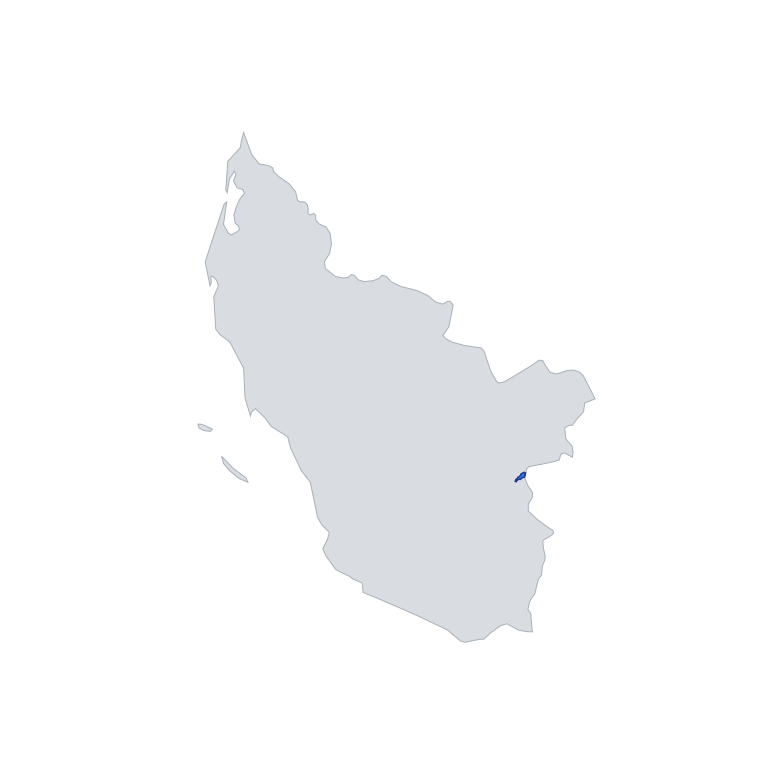 location of Mercedes de Oriente, La Paz, Honduras, rotated 246°
{"feature_id": "27666195B10683229568553", "entity_name": "Mercedes de Oriente", "entity_type": "district", "adm_level": 2, "iso_a3": "HND", "parent_name": "Honduras", "parent_adm1": "La Paz", "projection": "robinson", "projection_center": [-87.785, 13.926], "detail": "fine", "context": "in_parent", "style": "filled", "palette": "blue", "viewbox_px": 768, "rotation_deg": 246, "n_neighbors": 0, "source": "geoboundaries", "source_scale": "gbopen_adm2", "svg_char_len": 4372}
<svg xmlns="http://www.w3.org/2000/svg" viewBox="0 0 768 768"><g transform="rotate(246 384 384)"><path d="M670.8,358.0L646.9,356.4L635.7,359.7L630.8,367.0L626.6,370.3L623.1,369.5L616.0,372.4L605.2,378.9L595.5,381.4L586.9,379.8L584.4,381.4L583.7,383.6L582.4,385.6L579.1,386.8L575.2,386.2L570.9,383.9L568.6,384.9L568.4,389.1L566.0,390.3L561.6,388.3L556.6,389.8L551.1,394.9L543.3,396.0L533.3,393.0L525.5,387.5L520.0,379.4L513.4,377.3L501.9,383.4L497.1,390.5L496.1,394.8L497.2,398.7L495.1,401.3L489.8,402.6L485.7,407.4L482.9,415.7L482.4,422.1L484.1,426.6L481.4,429.9L474.4,432.1L466.1,439.2L456.6,451.4L447.1,459.9L437.7,464.7L433.1,470.1L433.5,476.0L432.9,477.8L431.1,478.5L428.0,479.3L409.8,466.5L404.5,457.6L400.0,459.0L394.3,463.5L386.2,473.5L377.6,487.2L373.4,488.7L351.8,486.7L340.4,487.9L338.1,489.7L337.0,494.7L337.7,501.4L340.8,525.5L342.6,535.4L340.9,538.5L335.0,539.0L327.5,540.4L323.4,544.9L322.4,549.6L322.0,556.1L319.6,562.9L315.0,567.7L310.3,569.5L284.6,570.8L285.0,559.6L277.6,555.1L273.4,545.8L269.7,539.5L270.9,535.7L270.5,531.3L260.0,527.8L250.2,530.5L244.6,528.8L240.4,526.4L247.6,520.9L248.1,517.5L245.8,515.1L243.4,513.5L244.1,507.2L245.6,499.9L249.6,482.7L248.1,479.7L241.5,474.5L233.2,474.0L224.1,475.6L219.7,473.0L215.8,467.1L209.3,464.2L197.7,468.9L185.4,476.1L181.7,478.6L178.6,478.3L177.2,473.0L176.6,466.7L175.8,465.1L169.3,462.9L161.7,461.3L157.8,459.5L154.1,455.3L145.0,449.7L142.9,445.6L130.7,436.2L128.3,431.5L125.5,428.1L119.6,423.8L115.0,424.8L99.6,419.4L97.2,418.9L99.4,414.2L104.3,406.9L114.9,398.8L115.8,392.2L113.1,379.5L110.3,371.4L111.8,367.7L115.1,353.0L117.7,349.6L133.1,342.1L134.5,341.1L146.6,330.7L160.1,319.1L174.0,306.4L189.6,292.1L198.2,283.8L202.2,280.2L211.2,283.1L218.2,276.4L222.3,274.2L231.9,266.1L234.8,264.3L250.8,261.0L258.5,261.1L265.3,269.3L270.6,273.7L280.7,269.9L289.2,269.1L324.1,276.7L338.0,273.3L363.5,272.6L375.0,274.5L391.1,263.7L401.5,261.5L413.7,256.5L412.1,251.3L409.1,249.0L427.7,251.3L455.5,262.2L485.0,260.2L495.6,254.3L502.5,252.6L532.8,263.9L540.8,272.5L547.0,273.3L551.8,271.4L553.1,269.6L547.2,267.7L544.5,265.0L568.3,270.3L613.4,311.1L614.3,314.4L595.1,302.3L585.0,303.2L582.3,305.2L582.9,311.8L583.9,314.9L588.2,315.2L591.4,313.4L599.4,315.6L604.6,320.0L611.1,326.7L614.9,333.9L619.0,334.1L623.0,329.7L630.7,329.1L635.6,334.0L639.2,333.8L634.2,326.2L622.6,318.6L625.4,318.3L651.0,331.9L658.4,348.9L664.4,352.8L670.8,358.0ZM369.0,211.6L354.2,219.8L349.6,219.7L356.4,213.3L367.3,207.8L376.6,205.1L384.1,206.3L369.0,211.6ZM419.6,202.8L412.6,208.9L411.3,206.2L414.7,200.5L418.9,197.2L423.0,197.6L422.0,200.0L419.6,202.8Z" fill="#d9dde1" stroke="#a8b0b8" stroke-width="1"/><path d="M241.0,465.2L241.1,465.3L241.2,465.5L241.3,465.6L241.5,465.7L241.6,465.8L241.7,466.0L241.8,466.0L241.8,466.3L241.8,466.5L241.9,466.8L242.0,466.9L242.1,467.0L242.1,467.3L242.1,467.5L242.0,467.8L241.9,468.0L241.9,468.3L241.9,468.5L242.0,468.5L242.0,468.9L242.0,469.0L242.1,469.3L241.9,469.5L241.8,469.8L241.7,469.8L241.4,470.0L241.9,470.9L241.9,471.0L241.8,471.4L241.8,471.5L241.9,471.8L242.0,472.0L242.1,472.3L242.1,472.5L242.2,472.9L242.2,473.0L242.2,473.3L242.2,473.5L241.9,473.8L241.8,474.0L241.7,474.1L241.8,474.3L241.9,474.5L242.1,474.7L242.1,474.8L242.3,474.8L242.6,475.0L242.8,475.1L243.0,475.3L243.0,475.5L243.1,475.8L243.3,475.9L243.5,475.9L243.5,476.0L243.4,476.0L243.5,476.1L243.8,476.2L244.0,476.2L244.1,476.3L244.2,476.2L244.3,476.2L244.6,476.3L244.7,476.5L244.8,476.6L245.0,476.8L245.2,477.1L245.3,477.0L245.4,476.9L245.6,476.7L245.8,476.5L246.0,476.4L246.2,476.2L246.3,476.1L246.3,474.7L246.1,474.6L245.9,474.6L245.9,474.4L246.0,474.1L246.0,473.8L246.1,473.7L246.2,473.4L246.2,473.2L246.1,472.9L246.0,472.6L246.0,472.4L245.9,472.3L245.7,472.2L245.4,472.0L245.3,471.9L245.2,471.9L245.0,471.7L244.9,471.7L244.7,471.4L244.7,471.2L244.8,470.9L244.7,470.7L244.6,470.4L244.5,470.2L244.4,470.0L244.4,469.8L244.3,469.7L244.3,469.4L244.3,469.2L244.3,468.9L244.3,468.7L244.4,468.4L244.2,468.2L244.1,467.9L243.9,467.8L243.9,467.7L243.7,467.6L243.6,467.4L243.5,467.2L243.4,467.1L243.4,466.8L243.3,466.7L243.2,466.3L243.2,466.2L243.1,465.9L243.1,465.7L242.9,465.5L242.9,465.4L242.7,465.3L242.6,465.2L242.4,465.1L242.3,464.9L242.2,464.9L242.0,464.7L241.9,464.7L241.7,464.5L241.7,464.4L241.5,464.5L241.4,464.5L241.2,464.6L241.1,464.8L241.1,465.1L241.0,465.2Z" fill="#3b82f6" stroke="#1e3a8a" stroke-width="1.5"/></g></svg>